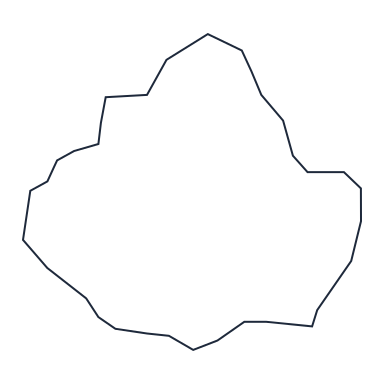 Suwon-si, Gyeonggi, South Korea
{"feature_id": "91817680B43312282385471", "entity_name": "Suwon-si", "entity_type": "district", "adm_level": 2, "iso_a3": "KOR", "parent_name": "South Korea", "parent_adm1": "Gyeonggi", "projection": "robinson", "projection_center": [127.011, 37.279], "detail": "fine", "context": "isolated", "style": "outline", "palette": "slate", "viewbox_px": 384, "rotation_deg": 0, "n_neighbors": 0, "source": "geoboundaries", "source_scale": "gbopen_adm2", "svg_char_len": 529}
<svg xmlns="http://www.w3.org/2000/svg" viewBox="0 0 384 384"><path d="M207.8,34.1L166.5,59.8L147.0,94.9L105.7,97.2L100.9,122.9L98.4,144.0L74.1,151.0L57.1,160.4L54.1,166.8L47.4,181.4L30.3,190.8L23.0,239.9L47.3,268.0L86.2,298.4L98.4,317.1L115.4,328.8L147.0,333.5L168.9,335.8L193.2,349.9L217.5,340.5L244.3,321.8L266.2,321.8L312.1,326.4L317.2,310.1L351.2,261.0L361.0,221.2L360.9,188.4L343.9,172.1L307.5,172.1L292.9,155.7L283.1,120.6L261.3,94.9L251.5,71.5L241.8,50.5L207.8,34.1Z" fill="none" stroke="#1e293b" stroke-width="2"/></svg>